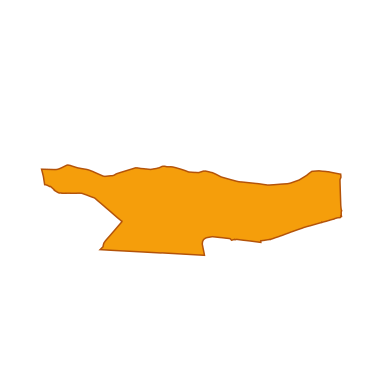 Aalsmeer, Noord-Holland, Netherlands, rotated 35°
{"feature_id": "6326949B69762252447495", "entity_name": "Aalsmeer", "entity_type": "district", "adm_level": 2, "iso_a3": "NLD", "parent_name": "Netherlands", "parent_adm1": "Noord-Holland", "projection": "equal_earth", "projection_center": [4.754, 52.261], "detail": "fine", "context": "isolated", "style": "filled", "palette": "amber", "viewbox_px": 384, "rotation_deg": 35, "n_neighbors": 0, "source": "geoboundaries", "source_scale": "gbopen_adm2", "svg_char_len": 5486}
<svg xmlns="http://www.w3.org/2000/svg" viewBox="0 0 384 384"><g transform="rotate(35 192 192)"><path d="M150.6,291.4L150.9,291.2L152.7,290.1L161.3,284.8L185.2,269.9L201.8,259.6L202.0,259.3L238.5,236.7L236.9,235.1L235.0,233.3L233.2,231.6L230.1,228.6L229.9,228.0L229.6,227.5L229.3,227.0L229.0,226.3L229.0,226.0L228.9,225.5L228.8,225.1L228.8,224.6L228.8,224.3L228.9,223.9L229.0,223.4L229.2,222.9L229.4,222.4L229.7,221.8L230.0,221.3L230.7,220.5L234.3,216.9L241.6,212.9L242.6,212.3L243.9,211.6L246.4,210.3L246.7,210.1L249.1,208.8L249.7,208.5L249.9,208.4L250.0,208.4L252.1,208.8L254.1,206.3L254.3,206.4L254.6,206.5L255.7,205.2L262.2,201.8L263.8,200.9L267.1,199.1L277.3,193.8L276.3,192.4L277.0,191.9L277.3,191.7L277.6,191.4L277.7,191.2L278.2,190.8L278.4,190.6L278.6,190.5L279.3,189.8L279.5,189.5L279.7,189.3L279.9,189.2L280.2,188.9L280.4,188.7L280.5,188.6L281.3,187.8L281.5,187.6L282.1,187.1L282.8,186.4L283.0,186.3L282.9,186.2L283.7,185.5L283.9,185.2L284.4,184.5L284.5,184.3L284.7,184.2L285.2,183.5L285.2,183.4L285.3,183.2L285.6,182.9L285.7,182.7L285.8,182.6L286.0,182.3L286.1,182.1L287.4,180.4L288.1,179.5L288.9,178.4L289.2,177.9L289.6,177.3L289.7,177.1L289.8,177.1L290.7,175.9L290.8,175.7L291.1,175.3L291.4,174.9L291.6,174.5L292.3,173.5L292.4,173.3L294.6,170.2L295.7,168.5L296.3,167.6L296.5,167.4L299.2,163.6L302.4,159.2L302.7,158.9L303.2,158.1L303.6,157.5L303.8,157.1L304.8,155.9L306.1,154.2L306.3,154.0L306.7,153.6L306.8,153.4L307.4,152.7L307.5,152.6L307.6,152.4L307.9,152.2L310.7,148.7L311.2,148.1L313.2,145.6L313.4,145.4L313.7,145.0L314.8,143.6L315.0,143.5L315.8,142.6L315.7,142.4L315.8,142.4L317.3,140.6L318.2,139.6L318.8,138.9L320.5,136.7L320.9,136.3L320.9,136.1L321.0,136.0L322.1,134.7L322.4,134.3L323.3,133.3L323.9,132.7L323.9,132.3L325.8,129.9L327.1,128.7L327.5,128.5L327.8,128.2L328.2,127.8L328.3,127.5L328.2,127.2L327.6,126.4L328.3,126.1L327.7,125.5L327.4,125.2L326.7,124.2L325.9,123.1L325.6,122.6L325.4,121.9L325.3,121.7L325.1,121.5L325.2,121.4L325.0,121.2L324.9,121.2L324.7,121.2L324.2,120.7L323.2,119.6L321.5,117.6L308.6,100.4L306.4,97.4L306.1,96.9L305.8,95.6L305.6,94.8L305.6,94.7L305.4,94.4L305.1,94.0L304.8,93.5L304.5,93.2L303.5,92.1L303.1,92.4L302.7,92.5L302.4,92.7L301.0,93.3L299.2,94.1L294.9,96.0L293.5,96.6L293.0,96.8L292.6,96.9L291.1,97.8L289.7,98.5L288.2,99.4L286.9,100.2L283.9,101.8L281.9,103.4L278.4,106.3L278.3,106.5L278.2,106.7L277.1,110.0L276.4,112.6L276.2,113.0L276.1,113.3L276.0,113.6L273.6,119.1L273.0,120.5L272.8,120.8L272.7,121.0L268.0,127.6L267.4,128.4L266.2,129.7L265.8,130.1L265.3,130.6L260.4,134.5L255.5,138.6L251.4,141.9L250.7,142.4L250.3,142.7L249.9,143.0L249.4,143.2L248.8,143.5L245.9,145.0L243.4,146.2L241.1,147.4L238.5,148.9L237.2,149.6L227.1,155.2L226.0,155.9L224.1,156.9L222.1,157.7L219.6,158.6L216.6,159.7L212.9,161.0L212.6,161.1L208.3,162.6L207.4,162.9L206.1,163.1L205.6,163.2L204.7,163.3L200.9,163.8L200.6,163.9L199.4,164.1L197.5,164.5L195.9,165.2L195.4,165.4L194.7,165.6L194.4,165.7L192.7,166.4L191.8,166.8L191.5,166.9L191.4,167.0L191.1,167.1L190.7,167.3L190.4,167.6L190.2,167.8L189.5,168.2L189.3,168.4L188.9,168.9L188.3,169.7L188.1,170.0L187.9,170.2L187.8,170.5L187.5,170.7L186.6,172.0L186.4,172.2L185.7,172.7L184.1,173.7L183.4,174.1L182.9,174.5L182.0,175.0L181.8,175.2L180.5,175.9L179.7,176.4L178.7,177.0L178.1,177.3L177.8,177.5L177.1,177.7L174.5,178.3L172.1,179.0L168.9,180.0L164.8,181.4L163.3,182.0L162.7,182.2L161.4,182.8L160.7,183.2L160.0,183.6L159.1,184.3L158.6,184.6L157.8,185.2L157.1,185.6L156.4,186.0L156.1,186.1L155.7,186.2L154.9,186.6L154.5,186.8L154.1,187.1L153.7,187.4L153.1,187.9L152.5,188.7L152.4,188.9L151.9,189.9L151.0,191.3L150.7,191.6L150.2,192.1L149.7,192.8L148.9,193.6L147.9,194.6L147.6,194.8L146.1,196.4L145.6,196.8L145.4,197.1L144.8,197.5L144.4,197.7L143.7,198.1L141.9,199.1L141.6,199.2L140.7,199.8L139.1,200.6L138.3,201.1L136.6,202.1L136.2,202.3L135.5,202.6L133.9,203.4L133.4,203.6L132.7,204.1L131.9,204.6L131.4,205.2L130.2,206.8L127.3,210.5L122.3,216.9L120.8,218.9L119.9,220.1L119.8,220.3L119.4,220.9L119.2,221.4L118.7,222.6L118.6,222.9L118.4,223.1L118.1,223.5L117.8,223.9L117.6,224.2L117.2,224.5L115.9,225.5L112.6,228.4L111.8,229.1L111.6,229.2L111.3,229.4L110.9,229.6L110.7,229.7L109.8,230.0L109.1,230.2L108.7,230.2L108.4,230.3L105.4,230.9L100.3,231.9L99.0,232.1L97.9,232.4L95.5,233.0L94.8,233.2L93.9,233.5L92.6,234.0L91.8,234.4L88.0,236.2L84.5,237.8L78.2,239.8L77.3,240.0L76.6,240.3L76.0,240.6L75.5,240.8L75.1,241.0L74.7,241.2L74.4,241.5L74.2,241.7L73.9,242.2L73.6,242.7L71.3,246.9L70.2,248.7L69.9,249.2L69.2,250.1L69.0,250.4L68.2,251.2L67.6,251.7L66.5,252.5L55.7,259.6L61.1,264.3L62.1,265.3L64.3,267.6L65.1,268.4L67.1,270.5L67.4,270.3L67.7,270.1L69.2,269.6L69.6,269.5L72.5,269.1L72.9,268.6L78.0,269.2L78.0,269.5L78.3,269.6L79.7,269.5L80.8,269.4L81.1,269.4L81.5,269.4L82.3,269.3L83.5,269.1L83.8,269.0L84.1,268.8L84.5,268.5L85.3,267.9L85.7,267.8L85.8,267.8L87.4,266.8L91.8,263.6L94.1,262.1L97.8,259.5L98.3,259.1L99.2,258.4L99.6,258.1L100.5,257.5L101.4,256.9L101.8,256.7L102.2,256.4L103.0,256.1L105.3,255.5L106.9,255.0L109.0,254.5L111.5,253.9L113.8,253.3L114.4,253.1L115.0,252.9L115.7,252.8L116.0,252.8L116.3,252.8L117.1,252.9L119.7,253.2L124.4,253.6L131.0,254.3L134.4,254.6L145.6,255.8L149.7,256.1L150.7,256.2L151.0,256.1L151.3,256.1L151.3,256.4L151.5,256.4L151.6,256.7L151.6,257.0L150.5,268.2L149.8,275.1L149.4,278.5L149.1,281.6L149.1,282.9L149.1,284.1L149.2,284.7L149.7,286.1L150.4,287.7L150.5,287.8L150.5,288.2L150.3,289.0L149.8,291.9L150.6,291.4Z" fill="#f59e0b" stroke="#b45309" stroke-width="1.5"/></g></svg>